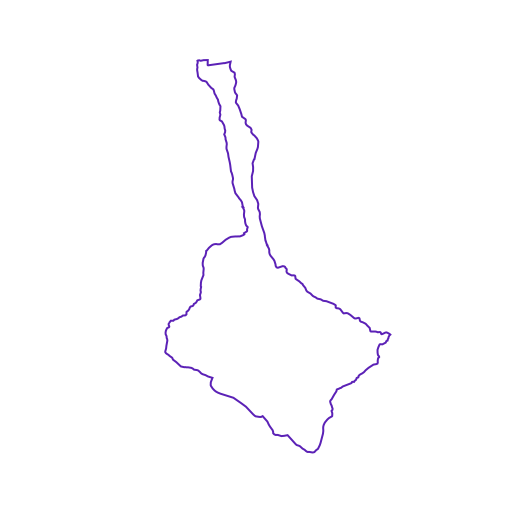 Cumanda, Chimborazo, Ecuador (orthographic projection), rotated 76°
{"feature_id": "8360857B2358017472723", "entity_name": "Cumanda", "entity_type": "district", "adm_level": 2, "iso_a3": "ECU", "parent_name": "Ecuador", "parent_adm1": "Chimborazo", "projection": "orthographic", "projection_center": [-79.101, -2.211], "detail": "fine", "context": "isolated", "style": "outline", "palette": "violet", "viewbox_px": 512, "rotation_deg": 76, "n_neighbors": 0, "source": "geoboundaries", "source_scale": "gbopen_adm2", "svg_char_len": 6105}
<svg xmlns="http://www.w3.org/2000/svg" viewBox="0 0 512 512"><g transform="rotate(76 256 256)"><path d="M364.8,144.7L364.0,145.2L362.3,147.0L361.7,147.9L361.6,149.1L362.2,151.8L362.3,152.9L361.8,153.4L360.5,153.5L360.0,153.8L359.6,154.8L359.5,156.2L358.6,157.5L358.2,158.4L357.1,162.6L356.9,163.0L356.4,163.2L353.3,163.1L350.2,165.0L348.9,165.6L347.9,166.4L346.0,168.6L345.2,170.0L344.7,170.4L344.0,170.8L341.6,170.7L341.0,171.1L340.8,171.5L340.8,174.0L340.5,175.2L340.0,175.8L336.0,178.7L333.8,180.8L333.2,182.1L332.9,184.8L332.1,185.4L328.3,187.0L327.6,187.5L326.8,188.6L326.2,190.3L325.4,191.1L324.9,191.1L323.4,190.6L322.9,190.7L321.1,192.5L316.9,198.6L315.7,201.7L313.7,203.7L312.2,206.8L310.5,208.2L309.5,209.5L308.4,210.6L305.6,212.2L303.1,214.8L301.7,215.5L298.8,215.9L295.7,217.4L294.3,217.7L293.5,218.6L291.1,220.1L288.1,222.8L287.6,223.1L285.1,222.8L284.7,222.9L284.3,223.2L283.9,224.1L283.4,226.2L281.0,229.0L279.9,229.9L279.2,230.1L278.1,230.1L276.9,229.5L275.8,229.5L274.8,230.2L273.5,230.5L272.8,231.3L272.3,232.6L272.7,237.6L272.4,238.2L272.0,238.8L270.4,239.3L268.8,239.1L265.2,239.3L263.5,239.8L259.3,241.8L257.9,242.2L256.9,242.3L255.4,242.2L253.6,241.7L252.0,241.7L250.7,242.0L248.3,242.7L248.2,242.3L246.5,242.8L243.7,242.9L243.5,243.1L239.4,242.7L238.3,242.5L235.6,242.4L228.5,243.1L220.5,243.2L218.3,242.8L216.8,242.2L215.3,241.9L214.0,241.8L211.2,242.5L209.8,242.5L206.1,241.2L205.3,241.2L202.1,241.4L197.5,243.1L193.3,243.4L188.7,243.2L177.6,240.8L172.9,238.3L169.1,237.3L165.2,236.9L161.8,234.6L161.7,234.1L155.9,231.3L152.5,228.8L150.8,227.8L145.7,226.1L144.6,226.1L142.0,226.7L138.6,228.5L137.6,229.4L135.2,230.5L134.5,230.6L132.6,229.8L131.8,229.9L130.9,230.1L130.2,230.4L127.4,233.0L125.9,233.8L124.3,233.9L121.8,233.0L121.2,233.0L120.6,233.2L117.5,235.9L114.6,235.9L109.6,236.3L105.7,236.9L102.9,238.2L102.2,238.4L101.2,238.1L99.7,237.4L98.8,236.7L95.7,235.5L94.8,235.7L93.2,236.5L92.0,236.8L88.8,236.7L87.7,236.4L85.5,234.7L83.9,233.8L82.6,233.2L81.5,233.0L80.3,233.0L77.5,233.4L76.9,233.4L74.5,232.5L72.9,232.5L70.4,235.1L69.8,235.3L68.4,235.5L66.8,235.6L65.6,235.5L64.3,235.1L61.3,233.6L61.3,239.6L61.1,240.4L59.4,256.3L59.2,256.6L58.9,256.7L54.2,255.4L53.3,259.4L53.2,262.4L52.8,263.1L52.5,263.4L52.1,265.4L51.6,265.6L53.6,265.6L54.8,266.0L56.2,266.9L59.0,267.2L60.4,267.9L61.9,268.2L63.6,268.3L67.8,268.8L69.6,268.1L72.1,266.4L73.1,265.4L73.4,264.4L74.4,262.6L75.3,261.8L78.3,260.8L82.0,258.8L84.0,257.1L85.3,256.9L88.4,256.9L90.5,256.2L92.8,255.8L95.1,255.1L96.7,255.2L98.4,255.1L100.5,254.8L101.2,254.4L102.2,254.3L106.2,255.5L107.9,256.4L110.3,256.4L112.9,257.8L114.9,258.4L115.6,258.2L117.2,256.5L121.2,255.4L122.5,255.3L124.9,255.6L126.8,255.5L128.5,256.1L130.3,257.4L132.9,257.0L134.1,257.0L135.3,257.3L139.0,257.1L140.4,257.3L143.1,258.3L144.9,258.7L149.6,258.3L153.2,258.7L158.6,258.8L161.4,259.0L167.9,259.8L169.4,259.5L171.5,259.4L175.0,259.5L176.1,259.8L177.9,260.7L179.5,261.1L185.6,260.8L187.4,260.9L190.1,260.8L195.2,258.6L195.8,258.5L198.4,257.2L200.5,256.6L203.9,256.8L204.8,256.7L205.6,256.5L205.5,257.2L206.4,256.8L208.8,256.4L209.9,256.6L212.9,257.7L215.2,258.1L217.8,257.8L220.1,258.3L222.1,258.4L223.0,258.3L222.8,258.9L223.0,258.3L224.2,258.1L225.7,257.1L226.1,257.1L227.8,258.2L229.4,258.5L229.9,258.9L231.0,262.2L232.2,262.1L232.7,263.7L233.1,266.7L231.9,272.1L231.4,275.6L231.7,277.6L232.9,281.5L235.0,285.7L235.9,288.2L235.4,290.3L234.7,291.9L234.5,293.4L234.5,294.6L235.0,296.4L236.7,299.7L238.8,302.4L239.0,303.1L240.9,303.7L243.2,304.9L244.5,306.0L245.0,306.8L245.9,307.6L249.8,309.4L252.0,309.9L253.0,309.9L254.6,309.7L255.9,309.9L259.6,311.2L261.8,311.6L266.4,314.9L268.6,315.9L271.9,316.9L272.7,316.7L274.7,317.7L276.2,318.2L277.3,318.2L278.1,318.4L280.3,319.8L283.5,320.1L284.3,320.5L284.6,321.2L284.8,323.6L286.6,325.3L287.0,326.1L287.5,327.9L288.6,328.6L289.2,329.5L289.2,331.5L289.8,332.5L291.6,333.8L292.7,335.2L293.3,336.8L294.5,337.3L295.8,337.6L296.5,338.7L296.1,341.5L296.8,343.0L296.9,345.1L297.6,346.4L298.0,348.0L298.0,350.6L298.8,351.8L298.2,354.3L299.7,356.2L299.7,356.8L299.8,356.6L300.1,356.7L300.8,357.2L301.6,357.4L303.1,357.2L303.7,357.3L304.1,357.7L304.4,359.5L304.7,359.9L306.5,361.4L308.2,362.2L310.0,362.6L312.1,362.2L314.0,362.5L315.1,362.3L316.7,362.5L321.3,364.6L324.0,365.6L326.6,367.1L327.3,367.3L327.9,367.1L328.5,366.9L329.7,365.9L330.8,364.8L332.1,364.0L334.1,362.2L334.6,361.9L336.5,361.6L339.7,359.0L345.0,355.6L346.6,352.4L346.7,351.6L347.2,350.4L347.6,348.8L348.9,345.8L349.9,344.6L351.3,343.6L352.4,340.9L353.1,339.8L354.8,338.6L356.6,337.6L357.7,336.5L359.4,333.8L361.3,331.7L363.7,327.7L366.1,329.4L367.6,330.4L370.3,331.2L371.3,331.1L374.1,330.1L376.4,328.8L377.9,327.6L379.3,326.1L381.0,323.8L388.1,312.2L395.2,306.0L399.8,302.2L408.9,297.1L410.7,295.9L411.5,295.1L412.9,291.8L413.4,290.1L413.0,288.3L419.4,285.0L422.6,284.4L424.9,283.7L429.1,282.0L430.7,281.9L432.2,282.2L433.5,281.4L434.3,280.4L434.9,278.1L436.9,274.9L437.3,272.2L437.5,268.7L448.4,262.9L449.3,262.2L450.6,260.1L451.2,259.4L454.2,257.4L455.8,255.7L457.2,254.8L458.3,253.8L458.6,253.4L459.1,251.4L460.2,249.0L460.4,248.3L460.4,246.8L459.0,244.7L458.1,242.5L455.0,239.9L453.0,238.6L444.6,234.0L442.0,233.0L439.0,232.4L437.6,231.9L436.2,231.1L434.5,229.7L433.8,228.9L431.9,226.3L430.8,224.2L430.0,221.2L429.7,220.8L427.8,220.2L426.8,220.0L424.6,220.2L423.7,219.0L422.5,218.6L421.1,218.8L419.3,218.8L418.0,219.2L415.4,219.3L414.7,219.1L413.9,218.3L413.3,217.3L409.5,213.7L406.8,210.8L405.1,209.9L404.9,208.8L404.9,207.9L404.6,207.0L404.5,205.4L403.6,203.4L402.5,194.7L402.3,194.0L401.5,193.3L401.5,192.2L401.9,191.4L401.0,190.4L400.3,188.9L398.7,187.8L398.5,186.1L397.3,185.5L396.6,184.6L396.1,183.4L395.6,181.3L394.8,179.3L393.4,177.3L391.7,173.8L389.8,168.3L390.0,165.6L389.8,164.2L388.8,163.6L387.2,163.3L385.2,162.5L384.5,162.0L384.0,161.0L383.6,160.9L383.1,160.9L382.1,161.5L381.0,161.6L379.1,161.4L376.5,160.8L374.2,159.4L372.4,158.0L371.8,157.5L371.6,156.9L372.3,154.7L371.4,151.1L370.1,150.1L369.9,148.8L368.8,148.4L367.9,147.5L366.6,146.9L365.3,145.7L364.8,144.7Z" fill="none" stroke="#5b21b6" stroke-width="2"/></g></svg>